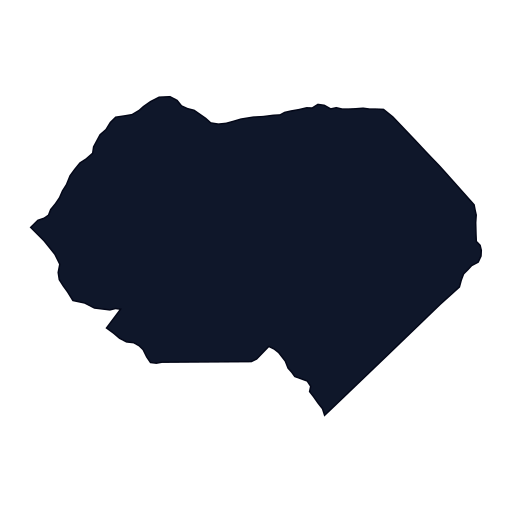 the district of Carnaubal, Ceará, Brazil
{"feature_id": "56859067B53334562324316", "entity_name": "Carnaubal", "entity_type": "district", "adm_level": 2, "iso_a3": "BRA", "parent_name": "Brazil", "parent_adm1": "Ceará", "projection": "albers", "projection_center": [-41.024, -4.14], "detail": "fine", "context": "isolated", "style": "filled", "palette": "ink", "viewbox_px": 512, "rotation_deg": 0, "n_neighbors": 0, "source": "geoboundaries", "source_scale": "gbopen_adm2", "svg_char_len": 1580}
<svg xmlns="http://www.w3.org/2000/svg" viewBox="0 0 512 512"><path d="M106.5,328.0L113.5,333.1L119.6,338.3L126.5,341.9L133.7,342.7L139.2,345.8L143.1,349.6L146.7,356.9L150.5,362.5L156.4,363.2L161.9,362.2L251.3,361.6L256.6,359.0L263.2,352.2L268.8,346.4L274.3,349.1L278.7,352.6L285.3,361.1L288.1,368.2L291.6,372.1L294.8,376.5L307.2,381.0L310.7,386.3L309.6,391.6L313.3,396.3L318.3,403.4L322.5,408.7L324.6,415.3L330.4,409.8L387.5,355.1L440.3,304.2L459.4,287.0L461.3,280.0L463.6,273.9L468.0,269.5L471.6,265.6L478.2,262.1L481.0,256.1L481.3,250.3L480.1,245.3L476.3,241.4L476.0,234.3L475.7,222.6L476.2,215.0L475.1,210.1L474.1,204.8L443.0,169.9L438.9,165.4L430.6,156.8L425.1,151.0L413.2,138.3L392.8,116.9L383.5,109.4L375.9,109.1L369.8,109.1L363.1,108.2L355.1,108.8L348.1,109.1L342.3,109.1L336.3,107.7L330.7,108.9L324.3,105.3L317.9,104.4L312.2,108.0L306.6,107.8L299.0,109.6L290.9,111.0L284.7,112.4L280.1,114.9L273.2,115.3L263.0,116.6L253.3,117.1L240.9,119.1L233.5,121.3L226.2,123.3L218.4,124.1L210.7,122.9L205.6,118.3L194.1,110.3L187.4,108.6L181.5,105.9L177.1,100.4L170.0,96.7L159.1,97.2L150.5,101.6L143.4,106.6L139.3,110.3L132.1,114.6L125.1,115.8L115.7,117.2L110.4,122.4L106.0,129.6L100.1,134.7L96.4,141.6L93.6,146.8L92.7,153.2L86.1,159.0L80.0,162.9L74.8,169.3L70.1,175.7L66.5,184.6L62.5,190.9L59.6,197.6L55.4,203.8L50.7,209.5L48.5,215.2L44.1,218.2L37.9,220.3L30.7,227.4L44.0,240.7L54.9,254.3L59.8,264.2L58.2,272.5L59.3,279.7L63.4,286.1L67.6,291.9L72.9,300.5L84.7,303.0L94.4,308.0L109.9,309.9L115.5,308.5L120.6,309.2L106.5,328.0Z" fill="#0f172a" stroke="#020617" stroke-width="1.5"/></svg>